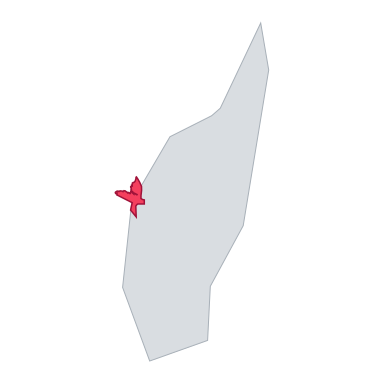 Imeong, Palau shown in context
{"feature_id": "81905179B35739525053108", "entity_name": "Imeong", "entity_type": "district", "adm_level": 2, "iso_a3": "PLW", "parent_name": "Palau", "parent_adm1": "", "projection": "orthographic", "projection_center": [134.514, 7.531], "detail": "fine", "context": "in_parent", "style": "filled", "palette": "rose", "viewbox_px": 384, "rotation_deg": 0, "n_neighbors": 0, "source": "geoboundaries", "source_scale": "gbopen_adm2", "svg_char_len": 3660}
<svg xmlns="http://www.w3.org/2000/svg" viewBox="0 0 384 384"><path d="M207.6,340.4L149.7,361.0L122.6,287.4L131.7,202.2L170.0,136.7L211.7,115.7L220.3,108.2L260.7,23.0L268.7,70.0L243.2,225.7L210.3,286.3L207.6,340.4Z" fill="#d9dde1" stroke="#a8b0b8" stroke-width="1"/><path d="M130.6,210.1L136.2,216.9L135.8,206.1L137.0,204.5L137.8,204.0L144.3,204.0L144.3,199.9L142.5,199.5L141.0,198.5L141.0,195.6L141.6,190.3L141.5,186.4L139.7,182.3L137.9,179.1L136.5,177.0L136.4,177.1L136.2,177.2L136.3,177.3L136.2,177.3L136.1,177.5L136.1,177.8L136.0,178.0L135.9,178.2L135.9,178.3L135.9,178.5L135.9,178.8L135.9,179.0L135.8,179.4L135.7,179.5L135.6,179.8L135.5,180.0L135.4,180.3L135.3,180.5L135.2,180.9L135.2,181.0L135.1,181.3L135.0,181.5L134.9,181.6L134.7,181.7L134.6,181.8L134.5,182.0L134.4,182.1L134.2,182.1L134.0,182.3L133.9,182.4L133.7,182.5L133.4,182.6L133.2,182.5L132.9,182.8L132.7,182.8L132.5,183.0L132.4,183.0L132.3,183.3L132.4,183.5L132.3,183.8L132.3,184.0L132.2,184.3L132.2,184.6L132.3,184.8L132.3,185.0L132.3,185.3L132.3,185.5L132.2,185.4L132.1,185.5L131.9,185.7L131.8,185.8L131.7,186.0L131.6,185.9L131.6,186.0L131.4,186.1L131.2,186.2L131.1,186.3L130.9,186.5L130.7,186.6L130.7,186.8L130.8,186.8L130.7,186.8L130.7,187.0L130.8,187.0L130.8,187.3L131.1,187.4L131.1,187.5L131.2,187.9L131.2,188.0L131.3,188.2L131.3,188.3L131.2,188.6L131.0,188.9L131.0,189.0L131.2,189.3L131.3,189.5L131.2,189.6L131.3,189.7L131.2,189.8L131.1,190.0L131.1,190.3L131.2,190.5L131.4,190.6L131.5,190.8L131.8,191.1L132.1,191.3L132.3,191.5L132.6,191.7L132.7,191.8L132.8,191.9L132.9,192.0L133.0,192.5L133.2,192.9L133.2,193.0L133.3,193.1L133.5,193.0L133.9,193.0L134.1,193.1L134.4,193.2L134.5,193.2L134.7,193.4L134.8,193.5L135.0,193.6L135.4,193.6L135.6,193.7L135.8,193.8L136.1,194.0L136.3,194.3L136.5,194.5L136.9,194.6L137.0,194.6L136.9,194.8L136.7,194.7L136.3,194.6L136.2,194.5L136.1,194.4L135.9,194.2L135.7,194.0L135.6,193.9L135.3,193.8L135.2,193.8L134.9,193.7L134.6,193.6L134.3,193.4L134.2,193.3L133.9,193.3L133.7,193.4L133.6,193.5L133.7,193.8L133.8,193.9L133.7,193.9L133.7,194.0L133.6,193.9L133.4,193.7L133.1,193.5L133.0,193.4L132.9,193.2L132.7,193.1L132.7,192.9L132.5,192.7L132.4,192.4L132.4,192.1L132.2,192.0L132.1,191.9L131.9,191.7L131.6,191.6L131.4,191.6L131.3,191.8L131.2,191.9L131.1,191.7L131.0,191.4L130.9,191.4L130.7,191.4L130.7,191.5L130.8,191.9L130.9,192.1L130.9,192.3L130.8,192.5L130.7,192.7L130.6,192.9L130.6,193.0L130.4,193.1L130.4,193.3L130.3,193.5L130.1,193.6L129.9,193.3L129.9,193.2L129.7,192.9L129.4,192.8L129.2,192.7L129.1,192.8L129.1,193.1L128.9,193.0L128.9,192.8L128.8,192.7L128.6,192.6L128.3,192.4L128.2,192.4L127.8,192.4L127.7,192.5L127.6,192.8L127.4,192.6L127.3,192.4L127.1,192.3L126.9,192.2L126.6,192.0L126.6,191.9L126.4,191.8L126.3,191.7L126.1,191.6L125.9,191.6L125.8,191.4L125.7,191.4L125.3,191.1L125.2,190.9L124.9,190.9L124.7,190.8L124.4,190.9L124.2,190.8L124.0,190.7L123.9,190.8L123.7,190.9L123.4,191.0L123.2,191.2L123.2,191.3L123.0,191.6L122.8,191.4L122.7,191.4L122.5,191.2L122.4,191.2L122.4,191.3L122.3,191.5L122.3,191.4L122.2,191.1L121.8,191.0L121.7,191.0L121.4,191.0L121.2,191.0L120.9,191.1L120.5,190.9L120.3,190.9L120.1,191.0L119.9,191.0L119.6,191.0L119.4,191.1L119.4,191.3L119.2,191.4L119.0,191.5L118.9,191.6L118.7,191.5L118.6,191.4L118.4,191.2L118.1,191.1L117.6,191.1L117.3,191.1L117.2,191.1L116.8,191.2L116.7,191.3L116.6,191.5L116.3,191.6L115.5,192.1L115.4,192.3L115.3,192.6L115.4,193.0L115.6,193.4L115.9,193.7L116.1,193.7L116.4,193.5L116.6,193.6L116.8,193.6L117.0,193.4L117.0,193.6L116.9,193.9L116.8,194.0L116.9,194.3L117.0,194.4L116.9,194.5L117.0,194.7L117.1,194.8L117.0,195.0L132.2,202.7L130.6,210.1Z" fill="#f43f5e" stroke="#9f1239" stroke-width="1.5"/></svg>